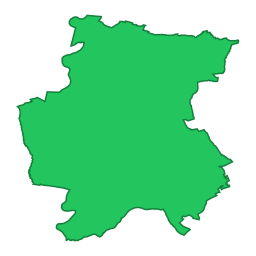 Valea Mare, Vâlcea, Romania
{"feature_id": "2599482B41757926586400", "entity_name": "Valea Mare", "entity_type": "district", "adm_level": 2, "iso_a3": "ROU", "parent_name": "Romania", "parent_adm1": "Vâlcea", "projection": "equal_earth", "projection_center": [24.031, 44.681], "detail": "fine", "context": "isolated", "style": "filled", "palette": "green", "viewbox_px": 256, "rotation_deg": 0, "n_neighbors": 0, "source": "geoboundaries", "source_scale": "gbopen_adm2", "svg_char_len": 5742}
<svg xmlns="http://www.w3.org/2000/svg" viewBox="0 0 256 256"><path d="M184.1,235.2L187.1,231.9L190.1,229.7L189.2,228.8L183.6,226.6L179.5,223.0L183.5,219.1L181.9,218.2L182.6,216.4L183.1,216.1L185.2,216.7L189.2,214.9L191.9,216.5L193.0,217.4L192.9,218.0L193.3,218.3L198.9,219.6L198.8,219.3L199.4,218.7L199.3,217.8L197.8,214.4L201.8,211.8L203.5,210.2L205.0,205.7L206.2,203.8L206.1,202.6L206.6,200.7L210.5,198.4L216.7,195.5L215.8,194.7L215.5,193.7L219.0,192.3L219.7,192.3L219.0,191.1L219.0,190.3L218.0,189.2L221.0,186.5L221.0,186.1L222.5,185.7L222.9,185.9L222.2,186.3L220.6,188.1L221.7,189.6L222.9,188.7L229.5,186.6L229.4,185.4L228.7,185.7L227.7,185.1L227.5,184.8L227.7,184.7L227.6,184.1L226.3,184.2L226.2,182.7L227.0,182.4L227.0,181.7L229.2,180.7L228.1,178.0L226.1,178.8L225.8,178.3L224.9,177.6L227.4,176.5L227.1,175.7L224.5,176.6L223.6,174.5L224.8,174.2L224.0,170.4L221.3,166.9L220.2,167.1L219.5,166.7L220.3,166.5L220.2,166.3L222.0,166.3L224.4,165.8L232.5,161.8L230.3,159.5L229.2,159.5L226.3,157.7L225.9,157.0L224.4,156.4L223.9,155.6L222.8,155.4L221.9,154.6L221.5,155.0L215.7,146.2L213.7,144.9L213.1,143.4L210.1,140.5L210.0,139.7L209.4,138.9L208.9,136.9L208.4,136.2L207.4,133.5L206.5,132.5L205.8,132.2L205.4,131.5L204.4,130.9L204.2,129.9L203.3,129.9L199.3,131.4L197.7,129.9L197.5,129.2L197.2,128.9L191.3,129.9L190.8,129.2L187.4,127.8L185.1,123.7L183.3,119.9L185.7,119.6L188.1,120.8L194.0,118.9L193.8,118.2L194.0,117.3L192.8,115.2L192.8,114.8L193.1,114.4L192.7,113.9L192.7,112.1L191.6,108.3L191.2,105.6L190.7,105.3L190.6,104.6L190.0,103.7L190.2,102.5L189.9,100.4L190.9,98.6L191.8,97.9L192.1,96.3L193.1,94.2L195.8,92.6L197.4,90.4L197.9,88.4L197.6,83.8L197.7,82.2L203.3,80.9L207.5,80.7L208.9,80.1L209.9,80.8L211.4,80.5L213.0,81.3L216.2,81.5L217.5,81.2L217.9,79.3L218.0,77.5L216.1,77.6L213.4,74.9L212.9,74.1L217.1,73.8L220.1,73.3L222.2,73.4L223.4,72.9L224.7,69.8L224.7,68.3L224.4,67.3L224.9,62.7L225.3,61.1L224.6,60.2L224.6,59.0L225.6,57.9L226.3,57.7L226.3,56.6L227.9,53.4L228.8,52.9L228.6,51.8L229.7,51.2L229.9,49.4L230.6,48.8L230.8,47.1L231.6,45.6L231.4,44.7L237.9,43.0L237.7,42.6L238.4,42.1L238.5,40.6L238.0,40.1L234.6,40.8L233.7,40.7L233.0,40.9L232.0,40.6L230.4,40.9L229.9,40.5L228.7,40.2L227.5,39.6L226.2,38.0L223.5,38.5L222.8,38.7L222.7,39.1L220.5,39.6L219.4,39.3L217.7,38.2L215.4,38.6L215.1,37.3L213.5,37.4L212.8,36.5L212.9,35.9L212.3,35.3L211.7,35.3L211.5,34.5L210.9,34.6L210.8,33.7L210.3,33.7L210.1,32.4L207.1,32.5L207.2,30.8L202.9,31.7L202.6,32.3L203.0,32.5L202.1,32.9L202.1,33.4L201.3,33.5L200.9,34.3L200.3,34.7L198.3,35.5L198.2,35.9L197.5,36.1L196.2,37.4L195.1,37.5L194.0,36.3L191.9,35.7L188.1,35.9L186.0,35.3L180.8,35.2L180.5,35.7L178.7,35.6L177.3,34.6L177.5,34.0L175.1,34.3L173.8,35.0L169.0,35.4L161.3,34.4L160.8,34.7L154.7,34.7L147.8,32.5L148.6,31.5L143.1,30.1L144.4,26.3L144.7,25.9L145.5,25.6L145.3,25.4L143.5,24.9L142.6,25.4L142.2,26.1L141.2,26.1L141.0,26.4L137.0,25.7L136.4,25.1L136.5,24.8L135.8,25.0L135.3,24.6L133.4,24.6L133.3,24.2L132.1,24.0L132.4,22.9L125.7,21.1L125.3,21.4L125.3,22.4L122.7,21.6L119.9,21.4L119.1,23.0L117.6,24.2L114.8,25.6L114.2,26.4L112.8,27.0L112.0,27.7L111.4,27.7L105.2,25.6L103.6,24.3L102.2,22.3L101.2,22.2L100.7,21.6L100.0,21.5L99.5,21.0L98.7,20.8L100.8,18.3L101.3,16.6L87.1,15.4L85.5,17.4L82.6,19.1L79.7,18.8L76.8,17.1L75.2,17.0L73.7,17.3L70.5,19.4L69.3,21.7L69.4,23.8L70.1,25.0L71.7,26.2L75.6,27.8L71.0,46.0L73.6,45.2L76.1,43.8L77.1,42.8L79.5,42.4L80.2,42.8L80.8,42.8L81.1,42.2L84.1,42.4L83.5,46.2L80.5,50.0L76.0,52.5L72.3,53.5L70.3,54.7L67.0,55.0L63.9,56.4L62.9,57.3L62.1,58.6L62.3,62.7L63.3,65.0L64.2,65.9L65.4,66.6L68.4,67.5L69.7,68.9L69.8,70.5L68.4,74.4L68.7,76.0L69.9,78.0L70.7,80.4L70.4,83.1L70.0,84.2L69.4,85.2L67.9,86.4L66.2,87.7L61.6,90.1L59.5,92.3L47.2,91.9L45.0,101.5L37.3,97.5L35.0,98.4L30.4,99.4L30.7,99.7L31.4,99.7L31.5,100.7L31.1,101.0L31.9,101.1L31.8,101.7L29.5,102.5L25.3,103.0L23.4,104.8L19.6,105.7L17.5,106.5L19.4,108.6L20.2,111.4L20.1,114.3L19.7,115.8L19.9,116.3L19.3,117.7L19.2,118.7L20.6,122.7L20.6,124.5L21.3,125.1L21.2,125.7L21.7,126.9L21.4,127.4L21.8,128.0L21.6,129.1L22.9,133.0L22.7,133.7L23.1,136.0L23.5,136.4L23.5,139.9L24.1,140.2L23.6,140.8L24.1,141.6L24.1,143.3L25.0,143.8L24.8,144.7L25.8,145.6L26.1,146.4L27.5,146.7L28.0,148.4L29.9,151.7L30.0,153.0L30.6,153.4L31.0,154.5L32.1,155.0L32.6,155.6L31.9,158.1L33.0,159.1L33.1,159.5L32.2,160.6L32.4,162.2L31.3,163.6L31.2,165.8L30.0,167.5L30.0,168.9L28.9,170.1L29.0,170.6L29.8,171.0L29.6,171.5L28.8,171.8L29.1,172.4L28.7,172.7L29.5,174.7L30.3,174.6L30.2,175.4L29.5,176.0L30.3,176.8L30.3,178.3L31.1,178.2L31.9,179.2L31.9,179.9L32.6,180.1L32.6,180.6L32.1,181.6L33.7,183.1L33.2,184.2L39.9,185.2L40.4,184.3L43.6,185.2L50.7,185.9L64.0,188.1L69.7,189.8L67.7,193.2L66.5,196.5L66.0,201.1L64.5,202.6L62.2,204.1L61.7,205.6L61.6,207.6L62.5,209.6L64.3,210.7L67.3,211.1L74.1,210.3L75.4,211.1L75.6,212.4L75.0,213.6L68.5,220.8L64.8,223.0L62.4,223.7L58.7,223.8L57.9,224.1L57.1,224.7L56.4,226.8L56.4,227.8L57.1,228.9L60.3,230.6L62.4,232.1L66.0,237.2L66.3,239.0L66.1,240.0L66.6,240.3L68.5,239.0L69.9,240.2L70.9,240.4L71.7,240.5L71.9,239.7L74.4,240.0L74.3,240.6L78.2,240.4L78.2,240.0L82.0,238.8L83.4,237.2L87.4,236.6L92.0,234.7L94.2,234.1L96.3,234.8L97.4,235.8L99.6,236.9L100.0,236.8L102.1,235.4L102.9,234.2L103.4,232.7L104.2,232.7L106.3,230.3L111.1,228.5L113.2,228.2L114.7,227.5L116.5,225.1L117.6,223.3L119.5,222.1L120.3,221.3L121.4,218.8L121.3,218.0L122.3,218.0L124.8,215.9L127.7,211.9L130.5,209.6L134.8,207.8L138.5,207.4L141.4,208.0L144.6,209.3L146.5,209.6L153.1,208.8L154.8,209.1L157.2,209.0L161.2,209.9L163.1,209.2L165.4,212.6L166.1,214.8L168.1,218.5L168.6,220.4L169.5,221.5L170.9,223.9L172.3,224.7L173.3,226.2L174.9,227.4L176.4,230.0L177.7,231.7L180.9,234.0L182.0,234.2L184.1,235.2Z" fill="#22c55e" stroke="#15803d" stroke-width="1.5"/></svg>